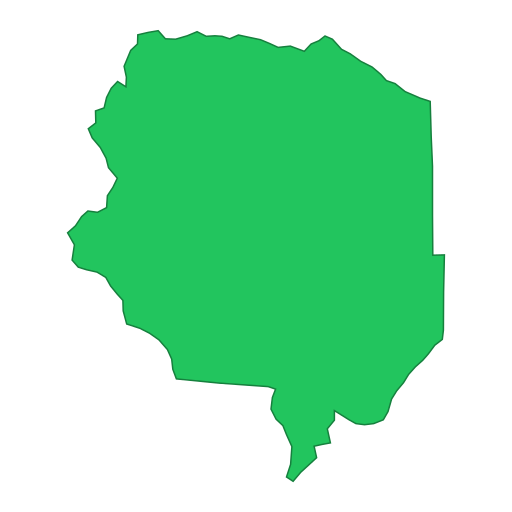 Treviso, Santa Catarina, Brazil (Natural Earth projection)
{"feature_id": "56859067B5615097343728", "entity_name": "Treviso", "entity_type": "district", "adm_level": 2, "iso_a3": "BRA", "parent_name": "Brazil", "parent_adm1": "Santa Catarina", "projection": "natural_earth1", "projection_center": [-49.498, -28.51], "detail": "fine", "context": "isolated", "style": "filled", "palette": "green", "viewbox_px": 512, "rotation_deg": 0, "n_neighbors": 0, "source": "geoboundaries", "source_scale": "gbopen_adm2", "svg_char_len": 1530}
<svg xmlns="http://www.w3.org/2000/svg" viewBox="0 0 512 512"><path d="M137.8,34.8L137.5,44.0L130.7,50.4L124.1,66.3L126.4,77.2L125.9,86.8L117.6,81.5L111.2,88.3L106.6,97.4L104.1,107.9L95.5,110.9L95.8,122.9L88.3,128.7L92.2,137.9L100.3,147.5L106.1,158.2L108.5,167.7L117.3,178.2L112.9,187.4L107.4,195.7L106.6,207.6L97.5,212.3L87.9,211.0L81.6,216.6L75.5,225.8L67.6,232.8L74.4,244.8L72.1,260.1L78.3,267.2L86.4,269.7L97.0,272.1L105.8,277.4L110.6,286.0L117.3,294.2L122.9,300.4L123.2,310.9L126.7,324.0L139.9,328.3L149.5,333.2L158.9,339.8L167.4,349.5L171.7,359.1L172.8,369.2L176.4,378.9L219.2,383.1L268.2,386.6L275.6,389.1L272.4,397.5L271.0,409.1L276.1,419.2L282.9,425.6L286.5,434.6L291.9,446.6L290.6,464.4L286.5,477.0L293.1,481.3L300.7,472.3L309.3,464.4L316.6,457.7L314.1,446.2L322.2,444.4L330.4,442.9L327.3,428.8L334.4,420.2L334.4,410.6L349.1,419.8L355.9,423.6L364.5,424.7L373.7,423.6L383.3,419.8L388.0,411.6L391.6,399.0L396.7,390.8L403.5,382.7L408.6,374.4L415.4,366.8L422.8,360.2L428.4,353.8L434.8,345.2L442.3,339.4L443.4,330.2L443.6,291.8L444.4,254.9L432.8,255.2L432.5,215.3L432.5,197.5L432.5,176.3L432.5,166.2L431.2,136.4L430.2,101.4L419.8,98.0L405.1,91.6L395.1,83.6L386.4,80.6L380.8,74.4L372.2,67.1L360.7,61.3L350.2,53.8L341.5,49.3L332.4,39.2L325.0,36.0L319.0,40.7L311.1,44.0L304.3,51.3L290.3,46.1L278.1,47.4L269.6,43.5L260.5,39.7L249.0,37.3L238.4,35.0L229.7,38.8L222.1,36.3L214.9,35.8L206.2,36.3L197.1,31.7L187.2,35.8L175.6,39.2L165.4,38.8L158.2,30.7L148.2,32.4L137.8,34.8Z" fill="#22c55e" stroke="#15803d" stroke-width="1.5"/></svg>